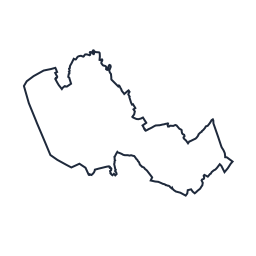 the district of Onicha, Ebonyi, Nigeria, rotated 336°
{"feature_id": "59680162B38335311272259", "entity_name": "Onicha", "entity_type": "district", "adm_level": 2, "iso_a3": "NGA", "parent_name": "Nigeria", "parent_adm1": "Ebonyi", "projection": "natural_earth1", "projection_center": [7.874, 6.105], "detail": "fine", "context": "isolated", "style": "outline", "palette": "slate", "viewbox_px": 256, "rotation_deg": 336, "n_neighbors": 0, "source": "geoboundaries", "source_scale": "gbopen_adm2", "svg_char_len": 5290}
<svg xmlns="http://www.w3.org/2000/svg" viewBox="0 0 256 256"><g transform="rotate(336 128 128)"><path d="M46.1,121.1L50.5,128.4L56.5,136.3L60.2,141.0L69.1,140.9L73.0,147.0L73.1,154.8L73.4,155.0L73.5,154.8L74.2,155.1L74.9,155.6L74.9,155.4L75.0,155.5L75.3,155.7L75.7,155.9L76.2,155.8L76.8,155.7L78.3,155.0L79.0,154.6L80.0,153.7L80.8,152.6L84.2,153.1L93.0,154.7L93.3,154.8L94.6,155.1L94.8,155.3L95.1,155.4L95.4,155.6L95.6,156.0L95.3,156.3L95.1,156.5L95.1,156.8L95.7,156.9L95.9,157.3L95.6,157.5L96.0,158.2L96.2,158.3L96.2,158.6L95.8,158.9L95.4,159.7L94.5,159.9L94.1,160.0L94.0,160.4L93.9,161.2L93.9,162.4L93.6,162.5L94.1,164.0L94.5,164.6L94.6,164.8L96.5,164.1L97.1,166.1L97.4,166.0L98.9,165.4L98.9,165.1L99.0,164.6L99.1,164.2L99.1,163.6L98.7,162.0L99.2,161.7L99.8,161.3L99.6,160.7L100.7,155.3L101.6,154.3L101.9,153.4L102.5,152.7L103.1,152.3L102.9,151.8L103.1,151.1L103.7,149.7L103.8,148.9L104.0,148.7L104.4,148.7L105.8,147.5L107.6,146.1L108.5,145.5L108.6,145.9L108.8,146.2L110.2,147.5L111.7,149.1L112.7,150.5L113.8,151.4L115.2,152.1L116.8,152.8L118.3,153.9L119.7,154.1L121.1,155.3L122.3,156.2L122.8,158.3L122.9,159.4L123.3,160.2L123.6,161.3L123.6,162.2L123.8,162.8L123.9,163.1L124.1,163.5L124.1,164.3L124.1,164.7L124.1,165.0L124.0,165.3L124.0,165.9L123.9,166.2L124.2,166.7L124.3,167.4L124.7,167.9L125.0,169.1L125.5,169.4L125.9,170.0L126.6,170.8L126.8,172.2L127.5,173.5L128.0,174.6L130.0,182.9L127.4,185.2L131.0,187.9L133.8,189.5L136.3,192.2L137.0,193.1L137.9,193.7L138.9,194.7L139.2,195.5L139.9,195.8L140.6,196.7L141.5,197.2L142.2,198.0L142.5,199.2L143.4,201.0L144.0,200.6L144.0,201.6L144.5,203.2L145.9,205.5L149.5,208.4L153.2,213.2L155.5,211.9L156.4,210.5L157.3,209.1L160.7,209.7L161.2,212.4L162.4,214.8L164.2,214.3L166.1,213.6L169.2,212.8L171.5,211.2L172.5,210.7L174.0,208.5L173.9,205.8L174.7,205.2L176.5,205.3L177.3,204.6L177.7,202.4L178.7,201.9L181.1,204.9L184.2,203.4L185.0,203.4L186.5,202.3L189.0,201.6L190.9,201.5L192.9,200.7L197.1,198.4L197.5,199.4L197.9,200.6L198.2,207.6L202.7,205.4L207.3,202.4L209.9,201.2L207.5,197.0L206.5,195.2L205.9,194.7L205.4,194.5L204.9,194.2L205.3,193.3L205.5,192.6L205.7,191.9L206.1,190.7L206.2,189.7L206.2,187.6L206.1,186.4L205.7,183.9L205.8,182.2L206.7,173.1L207.6,162.3L207.9,158.6L209.0,155.8L209.0,154.6L207.6,154.8L205.8,156.1L204.4,157.0L202.1,158.2L201.7,158.4L199.7,158.2L198.3,159.3L196.0,160.4L194.2,160.9L193.8,161.4L192.2,161.6L189.8,162.5L189.1,163.4L187.0,164.6L185.4,165.2L184.1,165.2L181.3,165.3L179.4,165.4L178.6,165.2L176.6,166.4L175.9,163.0L174.9,160.8L174.7,159.5L175.1,159.0L176.2,158.6L176.5,157.7L176.5,157.0L175.5,155.8L175.3,154.8L175.6,153.1L176.0,152.3L176.1,151.4L174.6,149.5L173.4,145.4L172.4,144.5L170.2,144.5L167.4,143.0L166.3,143.4L165.2,143.0L165.3,141.7L166.4,140.2L166.0,139.9L165.3,139.9L165.0,139.8L164.5,139.6L163.3,139.4L162.4,139.3L160.6,138.8L159.7,138.7L158.8,138.5L157.5,138.2L156.7,137.8L155.4,137.4L154.8,137.1L154.0,136.9L153.7,137.0L152.9,137.0L151.7,137.1L150.9,137.2L150.0,137.3L149.5,137.3L148.4,137.4L147.4,137.4L146.1,137.4L145.4,137.6L144.7,137.6L143.9,137.6L143.1,137.7L142.9,137.4L143.0,137.1L142.9,136.8L142.7,136.7L142.7,136.3L142.5,135.9L142.9,135.5L142.5,134.7L142.5,133.1L142.3,131.6L146.4,130.8L146.8,130.7L146.7,129.8L146.4,128.1L145.9,124.5L145.0,124.5L144.2,124.6L143.6,124.6L141.1,124.2L139.5,123.3L138.7,122.5L137.5,121.1L137.1,120.7L136.7,120.1L136.5,119.6L137.3,119.1L138.4,118.5L138.9,118.2L139.3,117.9L141.0,115.6L140.6,113.2L141.8,113.0L142.8,112.8L142.2,108.3L141.2,108.3L141.1,106.9L141.2,105.2L141.4,103.8L141.5,102.7L141.8,100.2L142.3,99.9L141.9,97.5L142.8,96.5L144.1,95.6L143.8,93.9L143.1,94.0L138.4,95.4L138.3,94.7L137.7,92.5L137.4,91.2L137.6,90.2L137.6,89.5L137.4,88.9L137.4,87.6L137.3,86.1L137.0,85.5L136.0,86.1L132.9,77.9L132.7,77.5L132.6,77.1L132.6,76.6L133.4,74.8L133.9,73.2L134.4,71.8L134.0,69.9L134.1,68.9L134.2,67.8L135.0,67.2L137.1,65.1L137.4,63.7L136.8,62.9L136.2,63.0L135.1,64.0L134.2,65.1L133.3,66.5L132.6,66.5L131.9,65.4L132.9,63.5L132.8,62.7L132.5,62.2L131.9,61.6L131.2,61.2L130.5,60.4L130.3,59.2L130.1,58.6L130.0,58.1L130.2,57.5L130.6,56.9L131.5,56.3L132.2,55.5L132.2,55.2L132.1,54.7L131.1,54.6L130.3,54.7L129.7,54.2L131.4,51.2L132.5,48.3L132.6,47.8L132.3,47.1L129.5,45.6L128.4,44.3L128.2,43.1L127.8,42.9L127.2,43.2L127.0,43.4L127.1,43.8L127.7,44.3L127.8,45.0L127.2,46.3L126.7,46.6L126.4,46.4L126.2,45.5L126.0,44.9L125.7,44.3L124.9,43.5L124.2,43.2L123.9,43.4L124.0,44.7L123.1,45.8L122.5,45.9L122.0,45.4L120.3,44.0L119.4,43.6L118.8,43.4L117.3,44.1L117.1,44.2L117.0,44.4L116.6,44.6L116.4,44.6L116.1,44.6L115.2,43.7L114.4,42.9L113.3,42.6L111.9,42.4L110.9,42.5L108.3,44.1L107.6,43.9L106.6,42.7L102.4,46.2L101.6,46.7L100.1,47.9L99.6,48.9L99.2,49.6L98.3,49.8L98.1,50.6L98.1,51.7L97.7,52.3L96.9,52.6L97.0,53.7L96.6,54.4L95.8,54.6L94.2,57.0L94.8,58.3L94.6,59.4L94.0,64.4L89.0,65.3L88.3,64.9L87.8,64.7L87.6,64.4L87.5,64.1L87.3,64.0L87.0,64.0L86.6,64.2L85.4,64.5L84.8,64.7L84.3,64.9L83.4,65.5L82.8,63.0L82.2,60.7L81.9,58.3L81.5,53.6L82.3,53.0L82.7,53.5L83.9,52.8L84.2,52.3L84.2,51.9L84.2,51.6L84.1,51.1L83.9,48.1L84.5,48.1L86.0,48.0L86.0,47.2L85.9,46.9L86.0,46.5L86.1,45.9L86.1,44.8L86.1,43.5L81.6,42.8L77.1,41.8L74.3,41.2L62.9,42.2L54.5,44.1L50.0,47.3L47.5,65.0L46.9,84.4L46.8,86.3L46.6,98.6L46.4,108.5L46.1,121.1Z" fill="none" stroke="#1e293b" stroke-width="2"/></g></svg>